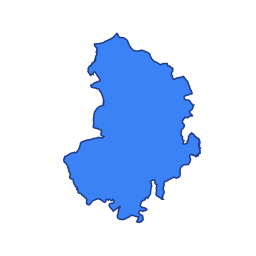 outline of Bo, Southern, Sierra Leone, rotated 337°
{"feature_id": "65957751B93581480515289", "entity_name": "Bo", "entity_type": "district", "adm_level": 2, "iso_a3": "SLE", "parent_name": "Sierra Leone", "parent_adm1": "Southern", "projection": "mercator", "projection_center": [-11.769, 7.985], "detail": "fine", "context": "isolated", "style": "filled", "palette": "blue", "viewbox_px": 256, "rotation_deg": 337, "n_neighbors": 0, "source": "geoboundaries", "source_scale": "gbopen_adm2", "svg_char_len": 5890}
<svg xmlns="http://www.w3.org/2000/svg" viewBox="0 0 256 256"><g transform="rotate(337 128 128)"><path d="M169.2,185.2L171.7,183.5L172.8,182.2L173.4,181.2L173.5,178.6L174.3,177.3L176.0,177.1L176.7,178.2L177.9,178.4L178.1,179.3L178.8,179.6L179.0,180.5L179.3,181.0L179.7,181.0L179.7,180.5L180.5,180.0L180.6,180.7L181.5,180.7L181.9,180.9L182.2,179.5L183.4,179.6L183.7,178.9L184.6,179.3L185.1,177.5L185.5,177.3L185.4,175.7L186.2,174.9L186.8,174.8L185.9,173.7L186.2,173.1L186.9,172.7L186.3,172.1L186.3,171.7L187.1,171.3L186.5,170.7L187.2,169.7L187.8,170.0L188.5,169.9L189.0,167.2L188.5,167.0L188.4,166.4L188.9,165.9L188.9,165.2L188.3,165.1L187.7,164.0L187.4,163.1L187.0,163.1L186.6,162.6L186.5,160.9L185.9,159.9L185.6,158.6L185.0,158.5L184.6,157.4L183.7,157.5L183.1,158.0L182.2,158.2L180.8,159.5L180.0,159.9L180.0,160.7L179.1,161.7L178.9,162.7L177.6,163.1L177.1,163.7L177.4,164.0L176.8,164.2L176.8,164.9L176.1,165.2L174.4,165.0L173.4,164.8L172.5,164.2L172.7,163.3L174.5,161.7L173.7,160.5L173.9,159.0L174.8,157.6L174.5,156.5L174.0,155.7L175.3,152.5L176.6,150.4L178.1,150.0L179.6,149.2L180.7,148.1L181.0,146.6L180.2,145.1L180.5,144.3L180.3,143.9L180.8,142.9L181.6,142.2L182.4,141.9L182.8,141.2L184.1,141.0L184.7,140.3L185.4,141.0L185.8,141.1L186.1,141.5L187.0,141.9L187.8,141.4L189.4,141.5L190.9,141.2L191.5,142.0L192.1,141.9L191.9,140.7L191.2,139.6L191.0,138.7L191.0,136.9L194.8,135.6L196.5,133.4L197.5,132.5L196.9,132.3L196.3,131.6L196.3,130.6L195.8,129.8L195.2,126.5L192.3,124.7L191.4,123.7L191.4,122.3L191.9,121.3L193.2,120.6L194.6,120.9L200.4,121.4L200.7,120.9L200.6,119.4L200.9,118.2L200.3,117.3L200.6,115.9L201.0,108.2L200.5,107.2L199.8,104.6L199.3,103.8L199.5,102.9L199.0,102.0L196.9,102.1L194.8,101.5L191.9,101.0L189.4,101.2L188.6,100.4L188.9,98.9L188.7,98.5L189.3,97.3L188.5,95.7L189.9,94.1L191.5,92.9L192.3,91.4L192.4,90.0L191.1,89.3L190.8,87.3L189.4,87.0L188.9,86.1L189.2,85.1L189.2,83.9L187.0,83.1L186.1,82.6L184.3,82.3L182.4,82.5L180.8,79.8L178.1,76.7L176.8,73.3L176.7,71.2L176.9,68.3L175.2,65.8L172.9,63.3L171.2,61.8L166.6,60.9L163.7,59.1L162.9,58.1L161.5,53.1L161.6,47.2L160.1,44.3L158.7,42.9L156.0,41.5L155.1,40.4L155.1,37.8L154.7,36.6L151.2,38.2L148.9,39.0L143.7,39.4L140.6,39.4L138.6,39.8L137.8,39.8L135.4,39.2L133.5,38.9L130.0,37.6L129.6,38.4L129.4,39.4L130.1,40.6L130.0,41.1L130.5,42.0L130.5,43.3L129.9,43.6L129.6,43.9L129.9,44.3L129.4,45.5L128.6,45.4L128.3,45.7L128.7,46.4L128.3,47.1L128.0,48.7L127.0,48.8L126.6,49.1L125.6,50.4L125.7,50.8L125.1,52.1L124.8,52.2L124.7,51.6L124.2,51.9L124.1,52.5L124.4,52.9L124.2,53.3L123.9,53.3L123.9,52.8L123.5,52.9L123.4,53.4L123.6,53.7L123.3,54.0L122.2,53.8L121.0,54.5L120.7,54.1L120.2,54.8L119.7,54.8L119.5,55.0L119.3,55.7L118.9,56.0L118.2,55.7L118.0,56.0L116.8,56.0L115.0,57.2L114.4,57.8L114.1,59.4L113.2,60.4L114.0,64.4L114.0,64.9L114.2,65.2L115.5,64.4L116.4,64.5L116.8,64.9L116.9,64.2L118.0,63.4L118.9,63.1L119.6,63.7L119.5,64.4L120.0,65.4L120.3,68.2L121.0,70.7L120.7,73.6L115.5,73.4L112.6,73.8L111.5,74.2L110.6,74.1L110.2,74.5L110.3,75.9L110.7,76.5L113.5,78.4L116.6,81.1L116.5,83.3L117.1,84.8L117.0,88.8L116.8,91.1L116.3,93.3L115.5,94.2L115.9,94.7L115.5,94.9L115.5,95.3L115.1,95.4L114.8,95.9L114.5,96.6L114.4,97.6L113.7,97.2L113.0,97.1L109.1,97.2L107.0,98.0L104.0,99.8L102.0,102.1L101.2,104.0L99.7,106.2L98.0,111.1L96.5,113.0L96.4,113.6L97.0,114.7L99.6,116.6L102.7,120.0L102.5,120.5L100.9,122.5L100.5,123.8L100.6,124.5L101.2,125.3L102.6,126.4L101.1,126.9L100.5,127.3L97.3,125.1L94.4,124.8L92.0,124.2L88.8,124.1L87.4,123.6L84.6,123.0L79.8,122.8L79.0,123.1L78.2,123.6L77.4,125.0L74.8,128.0L71.5,130.1L70.6,130.3L69.9,130.3L69.4,129.4L67.8,129.4L67.3,129.2L65.1,128.9L64.2,129.3L63.4,129.2L62.9,129.5L60.7,129.6L60.4,129.9L58.8,129.5L58.2,129.9L57.6,131.4L56.9,131.4L56.0,133.3L56.2,133.8L56.1,135.0L56.5,135.4L56.9,135.6L57.2,136.3L57.2,137.6L57.6,139.2L57.1,141.7L57.4,142.7L56.8,144.1L56.6,144.9L56.7,146.3L57.1,147.7L55.4,149.9L55.1,150.5L55.0,151.5L55.5,152.4L57.1,153.7L57.2,154.5L56.6,156.9L56.5,158.7L56.9,159.8L56.8,161.7L57.6,162.0L58.1,162.7L58.2,163.1L58.2,163.5L56.8,164.0L56.8,164.4L57.6,165.6L57.5,166.4L57.0,167.2L56.9,167.9L57.0,168.3L59.3,170.4L59.4,171.8L60.9,174.3L61.2,175.4L61.8,176.1L62.0,176.8L62.1,177.9L61.4,178.9L60.6,180.7L60.4,182.0L62.0,183.5L62.8,183.5L66.2,181.6L67.1,181.3L72.4,181.2L73.6,182.0L75.4,184.0L76.1,185.6L77.5,187.4L78.8,187.0L79.8,185.4L80.7,185.3L81.1,185.5L81.5,186.7L82.7,186.5L83.3,186.6L83.6,187.0L84.0,188.2L84.5,188.5L85.6,188.4L86.0,187.8L86.6,188.7L86.5,189.4L85.8,191.0L84.8,191.4L82.8,190.7L82.1,190.6L81.4,190.7L80.4,191.8L80.2,192.4L81.2,196.2L81.7,197.1L81.9,198.7L82.7,198.6L87.9,197.3L89.7,197.0L90.1,197.3L89.7,197.9L88.1,198.7L86.6,200.8L86.1,202.0L84.3,204.1L83.7,205.1L83.4,206.4L83.9,207.6L84.8,208.7L87.5,210.3L89.3,210.6L90.4,210.4L90.9,210.6L92.5,210.3L94.9,210.3L96.5,209.5L98.6,210.7L99.7,211.4L100.4,212.4L103.1,214.1L100.7,216.6L99.4,217.5L100.3,218.7L102.0,219.4L103.0,219.4L104.9,219.0L106.2,218.2L107.1,214.6L106.6,213.6L105.3,212.2L104.5,210.6L105.5,209.5L106.2,208.9L107.1,208.7L108.6,209.8L109.1,210.5L110.6,210.4L111.4,210.8L113.1,210.8L113.5,210.4L113.0,209.0L112.2,208.1L110.0,206.5L108.7,204.8L110.2,202.6L112.6,200.6L115.0,200.7L116.1,200.5L116.8,199.4L117.7,198.9L118.8,200.4L122.9,197.4L125.4,192.8L126.2,191.6L127.0,191.0L127.3,189.5L128.0,188.3L127.5,187.5L127.6,186.4L129.5,185.6L131.9,185.8L131.9,187.5L131.3,189.2L131.5,190.3L132.6,191.6L131.2,193.2L130.5,194.5L130.0,196.4L127.8,200.3L128.1,201.7L130.7,205.3L131.4,206.9L132.6,207.2L132.0,205.8L132.5,205.5L132.5,204.9L133.4,204.6L133.6,203.5L134.9,202.8L136.4,200.9L136.4,198.1L137.0,197.4L137.5,196.3L139.0,194.5L139.8,192.6L140.9,191.8L144.3,191.8L144.8,191.5L148.4,191.4L150.6,191.1L151.9,192.0L152.8,193.1L155.5,193.1L156.6,192.8L158.2,190.6L158.7,188.9L159.9,186.4L160.9,185.3L163.0,183.9L165.5,183.9L168.4,184.8L169.2,185.2Z" fill="#3b82f6" stroke="#1e3a8a" stroke-width="1.5"/></g></svg>